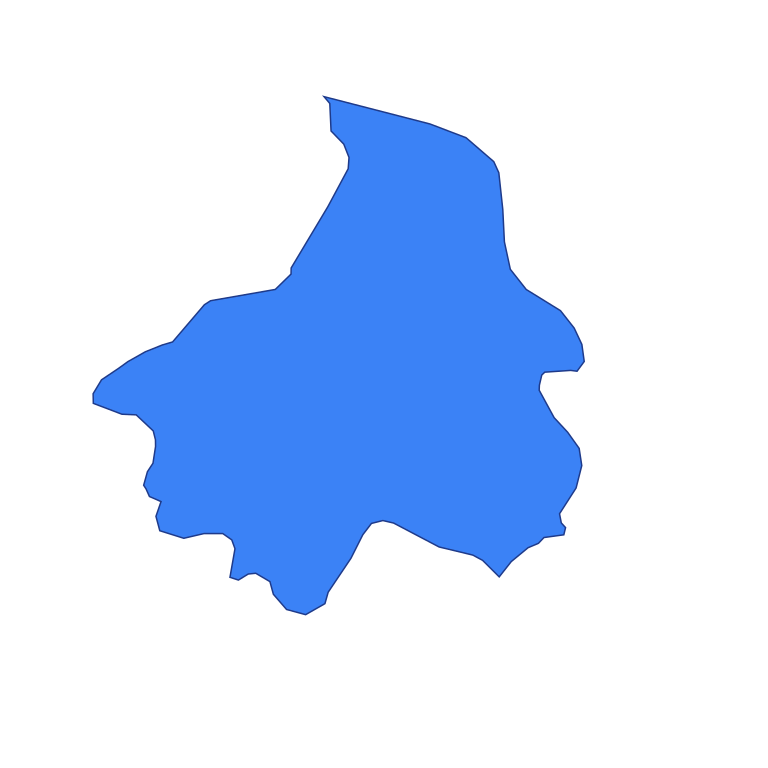 the district of San Juan Tecuaco, Santa Rosa, Guatemala, rotated 35°
{"feature_id": "79465075B56577131945853", "entity_name": "San Juan Tecuaco", "entity_type": "district", "adm_level": 2, "iso_a3": "GTM", "parent_name": "Guatemala", "parent_adm1": "Santa Rosa", "projection": "robinson", "projection_center": [-90.267, 14.073], "detail": "fine", "context": "isolated", "style": "filled", "palette": "blue", "viewbox_px": 768, "rotation_deg": 35, "n_neighbors": 0, "source": "geoboundaries", "source_scale": "gbopen_adm2", "svg_char_len": 1238}
<svg xmlns="http://www.w3.org/2000/svg" viewBox="0 0 768 768"><g transform="rotate(35 384 384)"><path d="M452.1,617.9L461.6,597.8L457.7,586.6L456.9,545.7L453.1,519.6L453.7,505.4L461.4,496.5L471.6,492.4L522.6,485.9L554.9,473.2L565.9,471.9L589.0,475.9L590.1,456.5L595.9,435.5L601.9,425.9L603.1,418.0L617.8,404.4L615.1,397.5L608.9,396.1L602.2,389.6L601.0,359.0L592.8,337.4L580.8,324.8L562.2,318.2L542.7,314.0L514.7,300.1L512.0,295.9L508.1,286.2L508.9,282.1L529.1,265.8L534.8,262.8L535.1,250.7L523.4,238.1L507.7,229.1L486.5,222.7L446.3,225.0L421.7,217.6L401.1,198.5L381.2,172.9L356.9,145.1L346.4,138.9L310.0,135.2L272.6,144.6L170.1,183.0L178.7,185.3L195.5,207.1L213.5,210.6L225.4,218.5L231.2,228.2L236.3,270.9L241.4,342.2L244.8,347.3L240.7,368.9L194.2,415.2L191.4,422.1L186.7,470.8L180.0,479.2L170.1,494.3L161.4,512.5L157.5,523.7L150.2,542.6L151.3,558.8L157.0,566.6L186.6,559.1L198.7,551.4L221.9,554.8L228.8,560.8L232.7,566.2L240.2,581.4L240.5,591.5L245.2,604.8L249.2,606.4L256.4,610.7L268.8,608.2L273.1,623.2L284.5,632.8L308.5,625.2L322.4,609.7L337.7,599.0L348.7,599.0L356.4,604.4L368.7,630.7L377.2,628.1L381.8,617.5L387.5,612.6L403.9,611.3L414.0,619.7L433.5,624.6L452.1,617.9Z" fill="#3b82f6" stroke="#1e3a8a" stroke-width="1.5"/></g></svg>